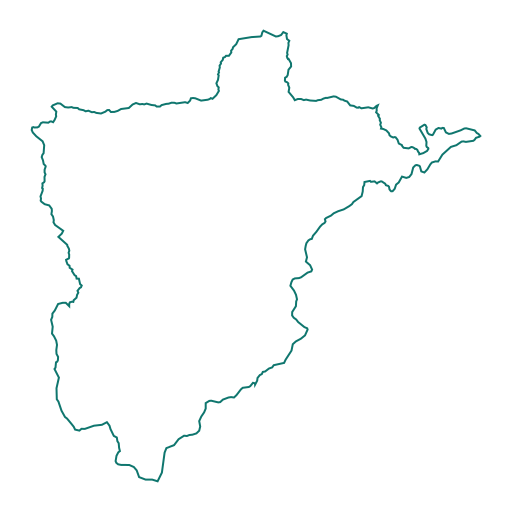 Sao Salvador Do Mundo, São Salvador do Mundo, Cabo Verde (Albers equal-area conic projection)
{"feature_id": "66160863B42982614395502", "entity_name": "Sao Salvador Do Mundo", "entity_type": "district", "adm_level": 2, "iso_a3": "CPV", "parent_name": "Cabo Verde", "parent_adm1": "São Salvador do Mundo", "projection": "albers", "projection_center": [-23.615, 15.088], "detail": "fine", "context": "isolated", "style": "outline", "palette": "teal", "viewbox_px": 512, "rotation_deg": 0, "n_neighbors": 0, "source": "geoboundaries", "source_scale": "gbopen_adm2", "svg_char_len": 5909}
<svg xmlns="http://www.w3.org/2000/svg" viewBox="0 0 512 512"><path d="M79.4,430.6L81.5,428.8L84.8,428.9L94.0,425.7L101.9,424.8L106.9,422.2L109.5,425.7L110.5,429.1L113.8,435.9L116.8,437.5L117.4,441.2L118.7,443.2L119.1,447.8L119.9,451.1L118.3,452.3L116.5,455.8L115.6,461.1L116.3,462.8L118.1,464.3L121.0,464.9L129.3,465.0L133.8,467.0L136.7,470.4L139.1,477.1L145.6,479.6L152.2,479.6L157.6,481.3L161.9,472.6L164.6,452.6L166.4,448.1L174.1,445.1L178.6,439.2L184.1,435.7L186.9,436.0L189.4,435.0L192.4,434.7L196.4,433.4L199.2,430.7L200.2,426.5L199.2,421.1L201.3,416.5L204.1,412.4L205.7,408.6L205.7,403.1L209.3,400.9L211.2,400.7L218.3,402.4L220.2,402.1L222.9,399.6L228.5,397.5L231.1,397.1L234.0,397.5L236.5,395.1L240.9,389.4L242.7,387.8L248.8,387.0L250.2,386.2L253.0,382.8L255.0,383.3L255.1,384.6L257.2,380.6L257.5,378.0L259.8,375.1L261.8,374.1L262.8,371.9L265.1,371.5L269.0,368.5L272.2,367.4L273.7,365.2L284.1,362.9L285.6,359.7L291.5,350.6L292.8,344.2L295.9,341.4L300.9,338.7L305.0,335.4L307.6,329.6L307.2,328.3L304.4,327.1L298.2,322.1L296.2,319.5L293.7,317.7L292.1,315.4L292.2,312.0L295.9,306.2L296.2,301.4L297.0,299.3L296.0,294.8L294.0,290.6L290.4,285.8L291.4,282.2L292.7,279.5L294.9,278.4L299.0,278.1L301.1,277.3L307.6,272.6L311.3,271.4L312.1,269.6L310.1,265.2L305.9,261.6L307.0,257.3L305.1,249.3L305.7,245.9L306.4,243.2L308.4,240.4L310.3,239.2L311.8,238.9L313.0,235.7L316.3,231.9L320.1,226.6L322.3,224.3L324.5,223.0L325.5,221.5L324.9,219.2L326.1,218.0L331.0,215.6L333.7,213.3L338.2,211.2L343.7,209.4L349.3,206.1L351.9,204.2L353.4,202.0L361.6,196.1L362.7,191.6L363.0,187.1L364.2,185.1L364.5,182.0L370.0,180.9L370.9,181.8L374.6,181.4L377.0,183.4L378.0,182.5L380.6,181.4L381.7,181.4L385.2,183.7L385.9,185.2L388.2,185.9L389.0,186.8L389.5,189.4L390.6,190.8L391.2,191.3L392.6,191.2L394.7,188.8L396.1,184.6L398.7,182.5L402.0,176.6L406.3,177.9L409.2,177.0L411.5,174.1L413.2,167.5L415.4,165.3L416.8,165.0L419.3,165.8L419.9,166.4L421.3,171.4L424.4,172.5L427.4,169.3L430.3,164.4L431.9,162.5L435.4,161.4L438.1,161.5L442.4,154.6L450.9,146.9L456.4,145.2L461.6,141.6L463.4,141.4L465.9,141.9L473.3,140.8L474.5,139.9L476.0,137.8L479.5,136.7L480.3,136.0L478.4,133.9L476.8,133.0L474.7,130.4L466.2,128.3L464.3,128.5L460.7,130.3L451.6,133.5L448.9,133.9L445.9,132.4L443.8,128.0L442.3,127.9L441.4,128.6L438.5,128.0L435.7,129.6L433.1,134.4L432.5,135.1L431.5,135.0L429.1,134.3L427.7,132.9L426.3,129.0L426.7,127.3L425.4,125.0L424.4,124.7L419.8,127.6L419.5,128.6L425.4,138.6L426.5,142.0L426.3,145.8L426.8,147.0L428.2,148.0L428.4,148.8L427.1,150.9L423.3,153.1L419.3,154.3L419.1,152.8L418.1,151.7L417.3,149.8L416.2,149.0L414.8,148.8L414.6,148.3L412.6,147.2L411.3,147.0L408.7,148.4L403.6,147.8L402.2,146.1L401.9,145.1L398.8,143.5L397.5,139.7L395.6,137.3L394.4,137.1L393.2,137.5L390.8,136.4L389.5,135.2L389.0,133.3L386.3,130.4L383.3,129.0L381.0,128.6L381.4,127.3L380.2,124.7L380.9,122.8L379.7,120.1L379.9,118.8L378.1,115.8L378.8,115.0L376.1,112.3L376.7,110.8L376.6,108.3L377.8,105.3L376.5,105.9L374.1,108.1L372.7,108.5L368.3,107.3L361.4,108.3L359.1,107.1L358.3,107.7L356.7,107.6L353.8,105.9L350.2,105.4L347.2,101.5L344.3,100.6L343.3,99.8L340.7,99.4L335.9,96.7L333.6,96.4L327.0,98.0L326.0,97.8L323.4,98.6L321.2,99.8L317.8,100.2L316.1,100.9L310.1,100.5L306.1,99.6L303.8,100.1L301.1,99.0L297.8,99.0L294.8,100.2L293.2,97.4L288.6,91.9L289.3,87.7L288.1,84.8L288.3,83.4L287.2,82.3L285.3,81.5L284.9,80.5L285.1,77.7L286.7,76.8L287.7,75.0L288.5,69.7L291.1,66.5L291.0,63.2L288.8,59.3L288.2,59.2L288.3,58.7L287.3,58.0L286.8,56.1L287.6,54.6L287.1,52.9L288.6,45.2L288.4,42.9L289.3,40.8L287.0,39.0L286.4,35.4L286.8,33.7L283.3,32.1L281.1,35.0L278.2,36.2L275.9,36.5L263.5,30.7L262.3,32.4L261.4,35.8L260.4,36.5L251.5,37.1L238.6,39.2L236.2,44.2L233.0,47.3L232.7,48.8L231.1,50.7L231.3,52.5L228.9,55.8L226.0,55.8L224.9,57.1L223.2,57.7L222.8,59.8L220.7,62.3L221.0,63.6L219.6,65.6L219.8,67.5L218.6,71.6L219.0,72.3L218.0,74.5L218.7,75.3L218.0,79.8L216.4,83.3L217.4,86.1L218.7,87.4L218.4,89.5L218.9,90.9L216.3,95.2L212.5,98.8L210.8,98.1L209.7,99.0L207.8,99.7L201.1,100.6L195.3,98.3L193.0,98.0L190.9,98.3L190.1,100.6L187.7,103.0L185.1,102.2L176.4,103.5L174.6,102.8L171.6,102.7L168.6,103.7L166.2,103.9L161.6,105.1L160.0,106.5L156.6,106.5L155.2,105.4L151.5,105.0L146.6,103.6L144.2,104.4L142.4,104.0L139.8,104.3L136.0,103.0L132.6,104.5L128.8,108.0L121.1,109.0L117.7,110.9L114.4,111.9L110.9,112.0L109.1,110.0L107.3,110.1L105.3,111.7L101.0,113.5L96.3,112.9L94.2,112.0L91.8,112.2L88.4,110.7L85.6,111.3L83.6,110.2L79.1,109.3L77.7,108.0L73.3,107.8L71.7,107.1L68.2,107.5L64.9,107.1L60.4,103.6L57.6,103.3L52.7,105.4L51.7,106.7L56.3,111.6L55.9,114.6L56.2,116.3L54.6,119.9L53.1,122.2L51.2,121.4L50.1,121.5L48.3,122.7L42.9,122.3L41.0,123.1L38.9,126.6L37.4,127.4L34.3,127.5L33.4,127.1L32.2,127.5L31.7,130.0L32.8,132.5L36.3,136.3L42.6,141.3L44.2,145.2L43.6,153.2L42.4,154.8L41.7,157.1L43.0,160.4L43.7,164.0L45.5,165.8L45.7,166.5L44.6,169.7L44.6,172.4L45.5,174.3L44.5,176.9L44.6,181.2L44.1,182.2L42.4,183.4L42.6,185.8L42.1,188.0L42.8,188.7L42.6,190.9L40.5,196.4L41.0,198.5L40.7,200.7L41.4,201.7L44.7,204.2L49.2,205.4L51.7,208.8L51.9,211.0L51.4,214.2L53.0,216.5L53.8,220.1L53.5,222.3L55.1,225.0L63.2,230.8L61.8,233.6L58.4,236.9L67.2,244.8L67.3,245.8L68.9,248.7L69.3,250.7L68.6,252.8L69.2,254.6L69.1,257.8L68.9,258.4L66.1,259.8L66.3,261.0L67.5,264.3L69.5,265.7L69.7,267.8L72.5,269.6L72.0,271.1L74.6,275.2L76.1,276.1L76.6,278.6L78.9,278.7L80.1,284.1L81.7,285.5L81.0,287.3L79.7,288.0L77.5,290.8L78.3,292.7L77.1,294.8L76.5,297.7L73.7,300.2L73.3,301.9L72.0,301.7L69.9,302.3L69.2,303.8L69.2,306.2L65.8,302.8L62.7,302.8L58.1,304.0L54.8,310.5L52.4,313.6L52.3,316.9L51.1,319.8L52.7,326.7L52.0,333.6L54.0,336.3L56.2,340.7L57.0,344.9L56.3,350.1L56.5,353.9L58.1,356.9L57.9,360.2L57.2,361.7L56.0,362.3L55.5,367.6L54.5,369.0L58.9,377.6L56.5,388.2L56.8,399.3L58.4,401.5L61.5,410.7L65.0,417.0L67.0,418.5L71.3,423.7L73.7,426.7L75.1,429.6L79.4,430.6Z" fill="none" stroke="#0f766e" stroke-width="2"/></svg>